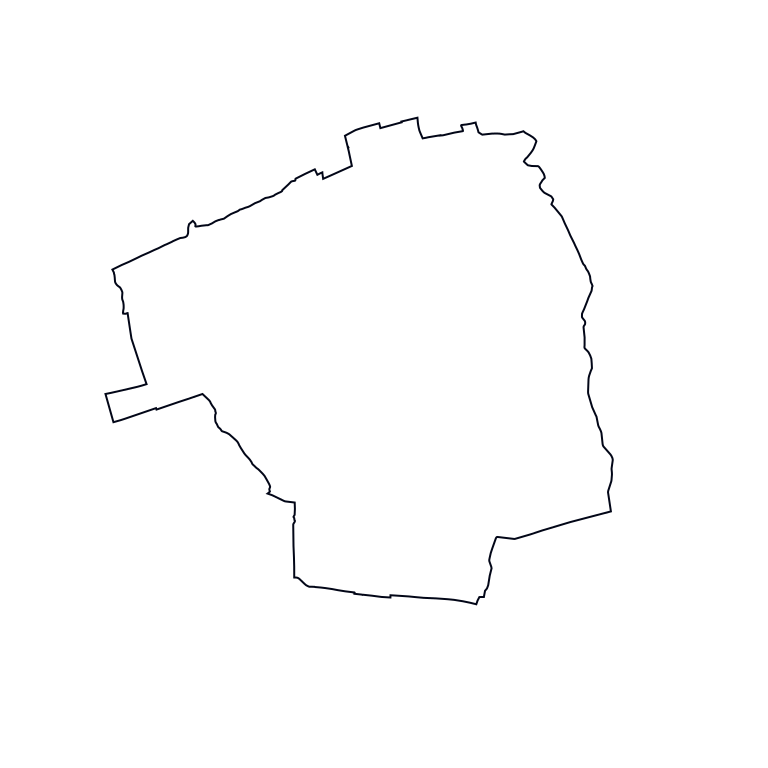 Heiloo, Noord-Holland, Netherlands, rotated 150°
{"feature_id": "6326949B43926966977356", "entity_name": "Heiloo", "entity_type": "district", "adm_level": 2, "iso_a3": "NLD", "parent_name": "Netherlands", "parent_adm1": "Noord-Holland", "projection": "orthographic", "projection_center": [4.712, 52.602], "detail": "fine", "context": "isolated", "style": "outline", "palette": "ink", "viewbox_px": 768, "rotation_deg": 150, "n_neighbors": 0, "source": "geoboundaries", "source_scale": "gbopen_adm2", "svg_char_len": 6154}
<svg xmlns="http://www.w3.org/2000/svg" viewBox="0 0 768 768"><g transform="rotate(150 384 384)"><path d="M404.0,149.6L399.9,154.4L397.1,155.4L394.4,157.6L388.3,165.1L383.0,170.6L382.5,172.0L381.4,177.8L380.9,178.9L379.7,180.3L376.1,184.2L372.4,187.5L364.2,194.5L363.4,194.9L362.7,195.0L362.2,194.8L348.7,184.7L348.1,184.4L332.6,180.6L320.0,178.0L291.4,171.2L251.2,160.2L244.1,178.3L243.2,179.4L235.8,186.1L234.9,187.2L231.8,191.7L230.8,193.6L229.4,196.7L228.5,197.9L224.1,203.5L223.6,204.4L223.2,205.8L223.0,208.2L223.1,209.7L225.2,220.2L225.1,221.4L224.7,222.7L220.2,232.8L219.8,234.4L219.5,237.1L219.4,239.8L219.1,241.3L216.3,249.5L216.2,251.3L215.3,259.9L214.9,261.5L212.0,273.5L211.3,275.0L204.6,285.7L203.5,287.2L202.2,288.6L198.4,291.9L196.1,293.6L195.6,294.5L193.8,298.0L191.8,302.2L191.2,305.5L191.0,309.1L191.3,310.8L192.2,314.0L192.3,314.7L192.0,315.7L190.9,317.3L187.0,324.0L182.9,333.2L182.5,333.8L181.9,334.3L180.2,335.1L179.8,335.5L179.1,336.5L178.8,337.2L178.6,337.9L178.6,338.6L179.1,341.9L179.1,342.9L178.8,343.5L177.4,345.8L176.0,346.9L173.4,348.7L166.6,354.1L163.9,356.4L157.8,360.8L157.0,361.7L155.5,363.7L154.4,364.6L154.1,366.5L154.0,367.2L154.0,368.0L153.9,368.6L153.8,369.2L152.9,371.6L152.2,373.2L151.9,373.8L151.7,374.4L151.2,377.4L151.1,378.7L151.0,379.5L151.2,380.9L151.3,382.9L151.1,384.1L150.9,386.0L151.4,387.8L151.4,389.1L151.0,392.9L150.0,399.2L149.6,403.0L149.2,408.3L148.9,411.1L148.4,419.5L147.7,425.3L147.1,432.9L146.7,436.2L146.3,439.7L146.3,440.6L146.4,441.2L146.8,443.6L148.1,451.4L149.2,455.8L149.1,456.0L146.3,458.0L145.3,459.1L145.1,459.4L145.3,462.6L145.5,463.1L149.3,469.1L149.7,470.0L150.2,471.9L150.8,475.6L150.7,476.2L150.2,477.4L149.8,478.3L149.3,478.8L148.4,479.4L147.1,480.0L144.9,481.2L141.7,482.1L141.0,483.9L140.6,486.1L140.6,488.0L140.8,491.4L141.1,494.1L141.3,494.9L141.5,495.3L141.8,495.7L143.1,496.5L147.0,498.9L149.6,501.1L150.1,501.6L151.5,506.1L151.6,506.7L150.9,507.2L149.6,507.9L148.7,508.3L146.7,508.7L141.4,510.7L138.6,512.0L136.6,513.2L133.8,515.4L130.7,518.0L130.6,518.5L130.8,520.5L131.6,523.0L133.3,526.3L136.0,530.8L136.9,533.2L138.4,533.5L147.2,535.8L150.6,537.6L154.7,539.6L157.3,541.9L159.1,543.3L161.9,545.0L165.4,546.9L174.2,550.8L174.8,551.8L176.1,554.3L176.3,554.7L175.6,557.3L175.2,559.1L175.0,560.1L174.7,562.0L174.3,563.5L173.9,564.6L178.6,566.0L183.0,567.6L184.5,568.3L187.4,569.5L187.7,569.5L188.1,569.1L188.3,566.3L188.9,564.0L189.2,563.6L189.4,563.6L197.3,566.5L208.6,569.9L211.4,571.2L211.2,571.4L222.4,575.6L224.7,576.3L227.7,577.4L226.9,584.0L226.6,585.9L225.7,588.9L224.9,591.2L224.0,593.4L221.9,597.9L237.7,602.6L237.9,601.8L259.2,607.4L257.8,612.2L273.6,616.4L279.5,617.7L281.6,618.1L283.5,618.2L293.7,618.5L296.7,608.1L296.5,607.7L296.6,606.7L297.1,606.8L298.2,603.0L299.1,600.3L302.8,588.9L325.6,591.2L334.1,592.1L332.4,596.4L331.6,598.1L333.1,598.3L337.1,598.5L336.6,604.5L347.3,605.4L357.8,606.0L358.1,605.9L358.9,604.8L359.2,604.6L359.9,604.7L362.1,605.5L363.2,605.7L367.1,604.6L374.0,603.0L375.2,602.7L375.4,602.5L375.6,602.2L376.0,602.0L377.4,601.9L380.1,602.2L383.6,602.4L385.1,602.2L386.4,602.3L390.4,603.2L391.0,603.4L393.7,604.4L397.6,604.5L400.0,604.3L404.0,604.9L405.2,605.1L411.2,605.1L413.1,605.3L416.0,606.0L418.2,606.3L419.9,606.6L421.7,607.1L423.1,606.9L424.0,606.8L431.3,607.7L432.5,607.7L435.7,607.6L440.0,607.2L443.4,608.2L444.6,608.4L444.9,608.6L446.0,608.8L448.7,609.2L452.9,609.1L454.4,609.3L456.0,609.4L456.7,609.5L457.2,609.6L458.4,610.3L462.9,612.3L465.7,613.3L468.2,614.4L468.4,614.7L468.5,614.9L467.4,616.5L467.3,617.1L467.4,617.5L467.3,617.9L467.5,619.1L468.0,620.9L472.9,619.9L475.3,617.4L475.9,616.5L477.7,613.4L478.5,612.3L480.1,611.0L480.8,610.7L481.7,610.6L482.7,610.6L484.9,611.2L487.5,612.3L491.3,612.8L492.4,612.9L495.3,613.2L496.7,613.2L502.4,613.7L504.4,614.0L511.7,614.4L515.8,614.9L521.8,615.4L529.8,616.3L534.5,616.6L543.8,617.3L551.6,618.2L562.0,618.9L562.2,615.6L562.7,614.4L562.9,613.3L564.2,610.3L564.7,609.4L564.9,608.9L565.8,607.0L566.0,605.9L566.0,604.9L565.8,603.3L565.5,602.3L564.3,599.5L564.3,598.3L564.3,597.1L564.6,594.8L564.8,594.2L565.0,593.7L567.4,590.2L568.1,588.8L568.3,588.3L568.5,587.4L568.7,585.9L569.2,584.5L570.0,582.6L571.1,580.6L571.5,580.0L571.8,579.5L573.0,578.1L574.4,576.3L574.7,575.4L573.0,574.2L572.4,574.0L571.9,573.8L571.0,573.8L570.6,573.6L576.5,558.6L580.0,549.6L587.1,516.0L589.7,502.6L594.5,503.7L598.7,504.8L612.5,509.0L624.8,512.8L630.2,514.6L637.4,486.2L630.3,484.4L626.1,483.5L593.5,477.1L593.8,475.6L570.9,471.1L561.4,469.1L546.2,466.1L544.2,459.4L543.7,457.7L543.5,456.6L543.4,455.6L543.6,454.1L543.6,452.9L543.6,451.5L543.1,446.6L543.2,445.9L543.8,444.5L543.9,443.6L544.3,442.7L544.5,442.5L545.6,441.7L546.9,439.7L548.4,436.6L548.8,435.6L548.9,434.1L548.8,433.1L548.9,432.0L549.1,429.9L549.0,429.2L548.6,428.2L548.3,427.2L548.1,426.1L548.1,425.1L548.0,424.4L547.8,424.0L545.6,421.5L544.7,420.4L543.7,418.8L543.1,417.7L540.2,408.9L539.8,407.0L539.8,405.0L540.0,403.6L540.0,400.2L539.7,393.7L539.4,391.7L538.8,389.2L538.5,388.0L538.2,386.6L538.0,385.4L537.8,382.6L538.0,380.7L537.9,380.0L537.1,377.5L536.8,376.3L536.4,375.0L535.5,373.0L535.1,371.6L533.9,366.9L533.4,364.1L533.4,359.9L533.5,354.8L533.7,353.2L533.9,352.2L534.2,351.7L534.6,351.3L535.6,350.6L535.9,350.2L536.1,349.9L536.6,347.9L538.2,347.5L539.6,347.3L537.2,344.5L536.3,343.4L529.2,332.9L528.6,332.1L527.8,331.4L520.6,326.0L523.6,320.4L526.8,315.4L528.7,314.3L528.9,313.8L528.8,312.8L529.0,312.3L529.5,311.1L529.6,310.8L529.5,310.3L529.6,310.0L529.8,309.7L530.4,309.2L531.8,308.5L532.7,307.9L533.2,307.1L543.3,289.1L548.6,279.0L553.0,270.9L558.5,261.3L556.4,260.0L555.7,259.3L555.2,258.5L554.8,257.7L552.7,250.5L552.4,249.7L552.1,248.8L551.2,247.3L550.1,245.8L545.7,243.2L545.3,242.7L540.3,239.2L536.7,236.5L531.4,232.3L527.0,228.5L521.2,223.8L514.3,218.6L514.5,218.4L513.9,217.9L514.5,217.1L508.5,212.7L508.2,212.2L507.7,212.1L500.3,206.7L492.6,200.8L485.8,196.3L485.2,195.9L484.0,197.8L480.5,195.5L468.7,187.6L463.0,183.5L456.6,179.0L446.1,172.3L436.2,165.6L431.2,162.0L424.3,156.4L418.9,151.6L414.2,147.1L411.2,149.7L409.8,150.6L407.9,151.8L404.0,149.6Z" fill="none" stroke="#020617" stroke-width="2"/></g></svg>